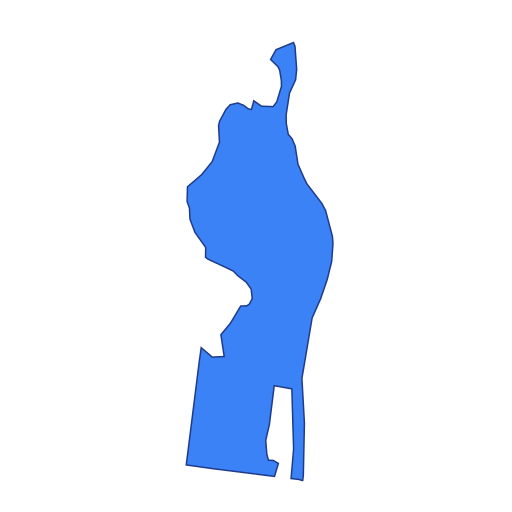 outline of Pinellas, Florida, United States of America, rotated 188°
{"feature_id": "52423323B48942229676406", "entity_name": "Pinellas", "entity_type": "district", "adm_level": 2, "iso_a3": "USA", "parent_name": "United States of America", "parent_adm1": "Florida", "projection": "equal_earth", "projection_center": [-82.727, 27.893], "detail": "fine", "context": "isolated", "style": "filled", "palette": "blue", "viewbox_px": 512, "rotation_deg": 188, "n_neighbors": 0, "source": "geoboundaries", "source_scale": "gbopen_adm2", "svg_char_len": 1316}
<svg xmlns="http://www.w3.org/2000/svg" viewBox="0 0 512 512"><g transform="rotate(188 256 256)"><path d="M178.5,40.2L178.6,45.3L184.8,97.3L193.5,141.2L193.0,158.6L191.8,202.5L186.3,221.8L186.2,221.9L182.2,242.7L180.3,261.1L181.5,279.0L183.0,285.9L188.7,299.5L193.4,310.7L198.1,317.2L215.5,334.4L219.6,340.4L227.2,352.7L232.5,370.3L236.7,377.2L241.0,381.0L244.4,391.2L245.8,400.0L245.5,421.9L241.3,436.0L241.7,446.4L246.6,469.2L248.6,472.6L264.9,463.1L268.9,452.6L260.5,446.5L258.3,442.9L255.3,433.2L254.4,427.5L256.9,411.4L259.9,406.3L271.4,405.1L279.8,409.4L279.8,409.1L280.9,400.4L284.2,400.7L289.1,403.4L289.2,403.5L295.3,405.0L302.6,402.2L306.2,397.0L310.8,384.3L311.2,379.9L308.0,363.5L308.8,360.2L312.5,343.4L316.2,337.2L321.4,328.7L333.5,315.0L331.8,300.3L328.6,294.3L326.5,283.3L319.8,271.0L307.0,257.4L305.8,247.7L303.0,246.1L284.4,240.5L276.4,237.9L271.2,233.9L268.7,232.5L262.0,228.7L256.1,222.4L255.4,219.5L253.8,213.4L255.9,207.4L258.2,205.4L264.2,204.3L270.4,189.6L272.0,185.8L279.8,173.2L273.5,152.0L285.3,149.8L297.5,157.6L297.5,143.4L296.3,61.3L296.0,39.4L283.8,39.4L268.3,39.4L207.0,40.3L205.0,53.7L210.5,56.0L215.3,55.5L217.7,61.3L220.7,74.7L219.3,91.1L219.9,130.1L202.0,129.4L191.9,70.1L190.3,40.5L182.3,40.7L179.7,40.2L178.5,40.2Z" fill="#3b82f6" stroke="#1e3a8a" stroke-width="1.5"/></g></svg>